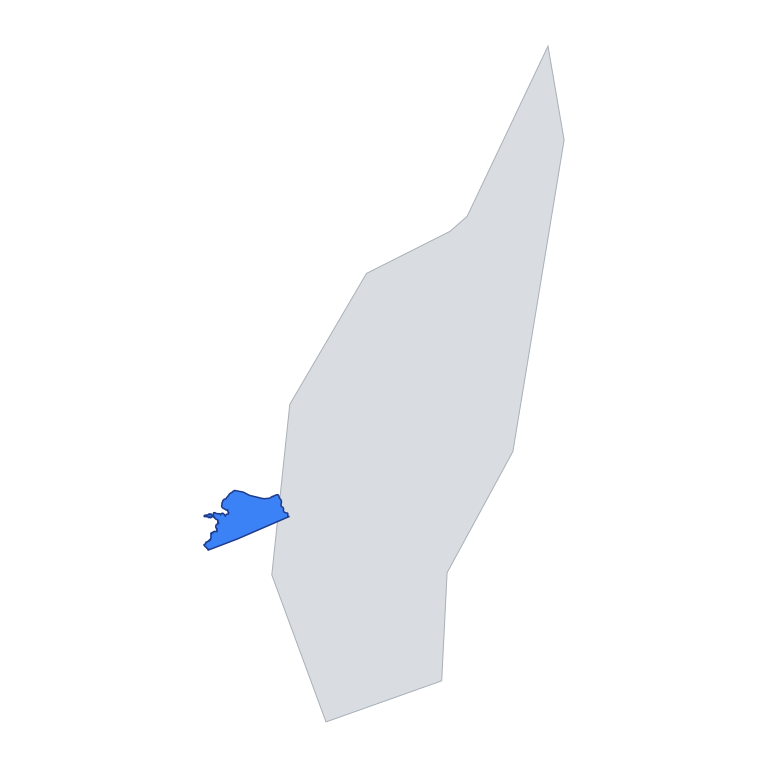 Medorm, Aimeliik, Palau (highlighted)
{"feature_id": "81905179B56582984107965", "entity_name": "Medorm", "entity_type": "district", "adm_level": 2, "iso_a3": "PLW", "parent_name": "Palau", "parent_adm1": "Aimeliik", "projection": "mercator", "projection_center": [134.484, 7.466], "detail": "fine", "context": "in_parent", "style": "filled", "palette": "blue", "viewbox_px": 768, "rotation_deg": 0, "n_neighbors": 0, "source": "geoboundaries", "source_scale": "gbopen_adm2", "svg_char_len": 4681}
<svg xmlns="http://www.w3.org/2000/svg" viewBox="0 0 768 768"><path d="M441.7,680.8L326.0,721.9L271.8,574.9L289.8,404.4L366.5,273.4L449.9,231.4L467.1,216.4L548.0,46.1L564.1,140.0L512.9,451.5L447.1,572.7L441.7,680.8Z" fill="#d9dde1" stroke="#a8b0b8" stroke-width="1"/><path d="M289.5,516.4L289.0,516.4L288.7,516.4L288.5,516.5L288.2,516.5L288.0,516.3L287.8,516.1L287.7,515.7L287.8,515.0L287.8,514.7L287.9,514.3L287.8,513.8L287.7,513.4L287.6,513.2L287.2,513.0L286.6,513.0L286.1,512.9L285.5,512.7L285.0,512.5L284.5,512.3L284.0,511.9L283.6,511.4L283.5,510.9L283.5,509.6L283.6,509.0L283.5,508.8L283.5,508.4L283.3,508.0L283.1,507.6L282.6,507.2L282.1,506.8L281.4,506.3L281.1,505.9L281.0,505.5L281.1,504.8L281.1,504.2L281.2,503.6L281.5,502.0L281.4,501.3L281.4,500.9L281.3,500.6L281.1,500.1L280.7,499.7L280.3,499.1L279.7,498.4L279.3,497.5L278.9,496.3L278.7,495.6L278.5,495.3L278.4,495.1L278.1,494.9L277.9,494.8L277.7,494.8L277.5,494.7L277.3,494.7L277.0,494.8L276.7,494.8L276.0,495.0L275.9,495.0L275.7,495.2L275.3,495.2L275.1,495.4L274.9,495.4L274.5,495.7L274.4,495.8L273.9,496.0L273.7,496.0L273.4,496.4L273.3,496.5L273.2,496.6L272.9,496.4L272.4,496.3L269.7,498.2L264.4,498.7L262.0,498.4L256.4,497.0L249.6,495.4L243.2,492.1L234.9,490.5L234.4,490.5L232.9,491.4L232.8,491.8L232.6,492.1L232.3,492.2L231.4,492.5L231.0,493.0L230.5,493.1L229.4,494.0L228.5,495.5L228.1,495.8L227.8,496.6L227.0,497.1L226.4,498.0L226.3,498.4L226.2,498.8L225.3,499.1L224.9,499.1L224.5,499.1L224.0,499.3L223.7,499.9L223.1,500.2L222.8,500.9L222.6,501.7L222.1,502.6L221.9,503.4L222.2,504.2L221.7,505.1L221.6,506.2L221.9,507.1L222.6,507.9L223.0,508.1L223.4,508.5L223.8,508.5L224.2,508.7L224.4,509.0L225.2,509.3L225.7,509.8L226.4,510.1L226.9,510.2L227.6,509.9L227.6,510.7L228.1,512.3L228.4,512.4L228.7,512.6L228.7,512.9L228.1,514.2L227.7,514.3L227.2,514.1L226.7,514.2L226.4,514.4L226.1,514.7L225.8,515.1L225.7,515.5L225.4,515.7L225.3,516.0L225.2,515.9L225.2,515.6L225.1,515.4L224.8,515.2L224.7,515.1L224.6,514.8L224.5,514.7L224.4,514.5L224.3,514.4L224.2,514.3L224.0,514.1L223.8,514.1L223.6,514.0L223.5,513.9L223.4,513.6L223.1,513.4L223.0,513.5L222.6,513.2L221.8,513.3L221.5,513.5L221.5,513.8L221.2,513.8L220.8,514.1L220.6,514.6L220.4,514.3L220.3,514.2L220.0,513.9L219.5,513.7L219.3,513.6L218.9,513.6L218.7,513.7L218.4,513.7L218.2,513.8L217.7,513.8L217.4,513.7L216.9,513.5L216.3,513.5L215.7,513.4L215.4,512.9L214.7,512.6L214.3,512.6L213.9,512.7L213.6,512.8L213.5,513.6L213.5,513.9L213.4,513.9L213.2,514.0L213.1,514.7L213.0,515.2L213.1,515.5L212.6,515.6L212.3,515.5L212.1,515.6L211.8,515.4L211.6,515.1L211.4,514.9L211.4,514.5L211.3,514.1L211.1,514.0L210.4,514.0L210.1,513.9L209.5,513.9L209.2,513.9L209.1,514.1L208.9,514.1L208.6,514.4L208.7,514.5L208.4,514.5L208.1,514.7L207.8,514.7L207.4,514.9L207.0,515.2L206.9,515.1L206.0,515.0L205.7,515.1L205.3,515.2L205.1,515.2L204.8,515.3L204.8,515.6L204.4,515.6L204.1,516.0L204.2,516.4L204.6,516.7L205.4,516.6L206.0,516.2L206.4,516.7L207.2,516.7L207.9,516.8L208.3,517.5L208.9,517.6L209.3,517.3L209.5,517.0L209.7,517.3L210.3,517.7L210.8,517.8L211.2,517.5L211.3,517.1L211.8,517.1L212.1,516.9L212.3,516.7L212.6,516.6L212.8,516.4L213.4,516.3L213.6,516.4L213.9,516.6L214.0,516.6L213.9,516.8L213.9,517.4L214.3,517.8L214.6,517.8L214.9,517.9L214.9,518.2L215.2,518.6L215.8,519.0L216.0,519.3L216.7,519.6L217.2,519.6L217.6,519.8L217.7,520.0L217.7,520.3L217.8,520.6L218.0,520.8L217.8,521.1L217.8,521.4L218.0,521.7L217.8,521.7L217.7,522.0L217.9,522.3L217.8,522.6L217.9,522.8L218.0,523.3L218.2,523.5L217.9,523.5L217.6,523.5L217.1,524.1L216.6,524.6L216.3,524.7L215.9,525.4L215.8,526.1L215.8,527.1L215.8,527.4L216.2,528.2L216.6,528.4L217.0,528.7L216.9,529.1L216.7,529.3L216.6,529.7L216.8,529.8L216.8,530.1L217.0,530.3L217.2,530.6L217.2,530.8L216.9,531.7L216.1,531.5L215.7,531.6L215.3,531.5L215.1,531.4L214.9,531.6L214.5,531.5L214.2,531.4L213.9,531.7L213.6,531.7L213.1,532.1L213.0,532.5L212.9,532.7L212.6,532.7L212.3,532.5L212.1,532.8L211.3,532.8L211.1,533.0L210.8,533.4L210.9,533.9L211.4,534.1L211.4,534.5L211.0,534.8L210.9,535.3L210.9,535.7L211.0,536.1L210.9,536.5L210.8,536.9L210.9,537.1L210.9,537.3L211.0,537.5L211.1,538.1L210.7,538.7L210.7,538.9L210.4,539.3L210.4,539.6L210.1,539.3L209.5,539.8L209.4,540.0L208.9,540.5L208.5,540.8L208.6,541.1L208.3,541.0L207.8,541.4L207.1,541.8L207.0,542.1L206.7,542.1L206.4,542.0L206.1,542.2L206.1,542.4L205.6,542.9L205.5,543.1L205.6,543.4L205.7,543.7L205.5,543.8L205.3,544.0L205.0,544.2L204.7,544.3L204.4,544.4L204.1,544.7L203.9,545.0L204.3,545.5L204.9,546.2L205.4,546.9L206.3,547.3L206.6,547.8L206.8,548.2L207.5,548.6L207.8,549.0L208.0,549.1L207.9,549.2L207.9,549.7L208.2,550.1L237.3,539.0L289.5,516.4Z" fill="#3b82f6" stroke="#1e3a8a" stroke-width="1.5"/></svg>